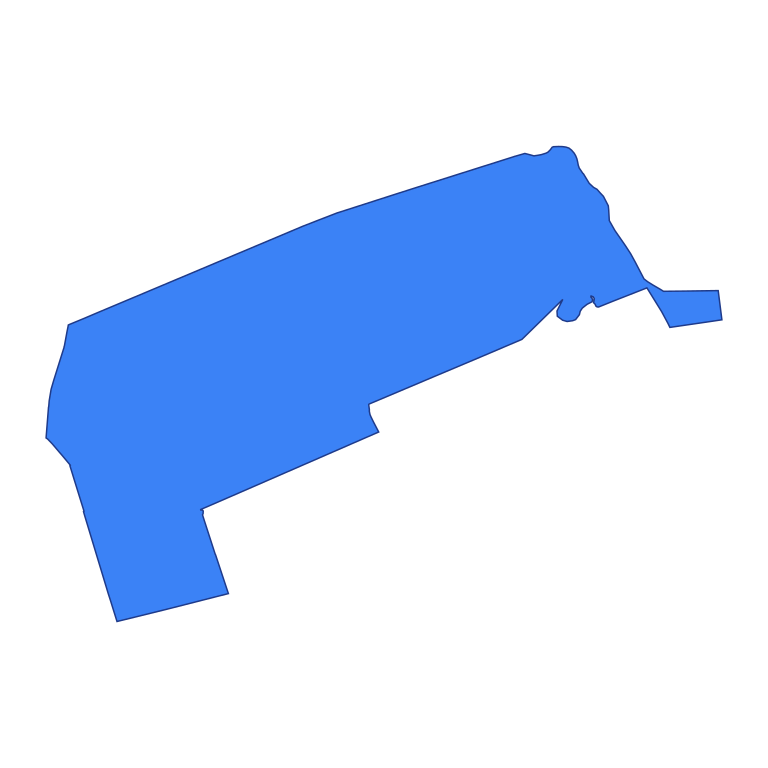 the district of Cilieni, Olt, Romania
{"feature_id": "2599482B82489722480491", "entity_name": "Cilieni", "entity_type": "district", "adm_level": 2, "iso_a3": "ROU", "parent_name": "Romania", "parent_adm1": "Olt", "projection": "natural_earth1", "projection_center": [24.598, 43.879], "detail": "fine", "context": "isolated", "style": "filled", "palette": "blue", "viewbox_px": 768, "rotation_deg": 0, "n_neighbors": 0, "source": "geoboundaries", "source_scale": "gbopen_adm2", "svg_char_len": 2116}
<svg xmlns="http://www.w3.org/2000/svg" viewBox="0 0 768 768"><path d="M228.4,593.6L222.0,574.3L215.6,554.9L215.1,553.9L204.2,520.2L202.5,514.8L202.9,514.1L203.1,513.6L203.1,512.7L203.2,512.1L203.2,511.1L202.9,510.5L202.2,510.1L200.8,510.0L200.7,509.5L228.4,497.5L378.7,432.0L373.6,422.2L371.0,416.9L370.0,414.6L369.3,411.1L369.4,409.9L368.7,404.6L368.9,404.3L369.2,404.0L434.3,376.5L480.8,356.9L521.9,339.4L562.8,299.4L557.0,311.0L557.3,316.2L562.6,320.2L567.1,321.5L572.7,320.7L575.6,319.6L579.4,314.7L580.2,311.3L582.3,308.1L587.1,304.3L591.2,302.2L592.1,301.7L592.6,299.7L591.9,298.1L590.8,296.9L591.1,296.0L593.3,296.9L594.3,298.8L593.6,302.7L595.1,304.2L595.9,306.1L597.1,306.9L598.6,307.0L613.5,301.0L636.7,291.9L646.9,287.9L647.8,289.3L661.6,311.6L668.0,323.5L669.9,327.4L706.4,322.1L716.5,320.6L721.9,319.8L718.2,290.6L683.3,291.1L663.5,291.3L659.8,289.0L655.3,286.4L652.9,285.0L647.6,281.7L644.0,278.9L635.2,262.0L630.7,253.8L625.3,245.5L614.9,230.5L609.3,220.6L608.7,209.9L608.3,205.8L603.4,196.3L599.8,192.5L597.0,189.3L593.6,187.4L589.2,183.3L583.5,173.9L582.8,173.3L579.2,168.0L578.9,167.1L578.7,166.4L578.3,165.4L577.6,161.8L576.9,158.8L575.7,155.8L574.2,153.2L571.6,150.2L569.0,148.1L566.0,147.1L562.5,146.6L558.5,146.5L555.9,146.6L553.5,146.7L552.2,147.2L550.2,149.9L548.0,152.1L546.2,153.1L541.4,154.6L540.4,154.8L539.4,155.0L537.1,155.4L534.9,155.7L534.1,155.9L533.6,155.8L531.9,155.3L527.0,154.0L525.6,153.7L525.1,153.5L524.7,153.5L515.0,156.3L514.8,156.3L514.6,156.4L512.8,157.0L416.4,187.5L399.5,192.9L397.0,193.7L377.4,200.0L337.9,212.7L337.4,212.8L335.1,213.7L326.6,217.0L319.3,219.8L302.9,226.2L160.7,286.1L97.2,312.8L84.3,318.3L69.8,324.3L68.3,325.0L68.1,326.3L67.1,331.2L64.4,345.9L64.2,346.3L64.1,346.7L64.1,347.0L64.0,347.5L53.7,380.4L51.1,389.3L49.2,400.8L48.8,405.7L48.6,407.1L48.5,407.3L47.3,422.4L46.1,437.6L46.1,438.0L47.5,438.9L52.3,443.9L59.6,452.5L61.8,455.0L70.3,465.2L69.9,465.7L72.2,473.1L74.5,480.6L83.1,508.3L84.0,511.2L83.5,511.6L84.8,516.1L108.3,593.8L110.5,600.6L117.0,621.5L165.8,609.5L215.7,596.8L228.4,593.6Z" fill="#3b82f6" stroke="#1e3a8a" stroke-width="1.5"/></svg>